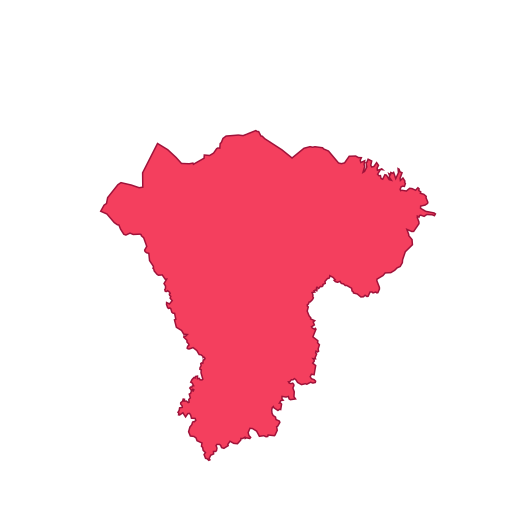 Bela Vista, Mato Grosso do Sul, Brazil (Natural Earth projection), rotated 320°
{"feature_id": "56859067B95751295676560", "entity_name": "Bela Vista", "entity_type": "district", "adm_level": 2, "iso_a3": "BRA", "parent_name": "Brazil", "parent_adm1": "Mato Grosso do Sul", "projection": "natural_earth1", "projection_center": [-56.561, -21.914], "detail": "fine", "context": "isolated", "style": "filled", "palette": "rose", "viewbox_px": 512, "rotation_deg": 320, "n_neighbors": 0, "source": "geoboundaries", "source_scale": "gbopen_adm2", "svg_char_len": 6143}
<svg xmlns="http://www.w3.org/2000/svg" viewBox="0 0 512 512"><g transform="rotate(320 256 256)"><path d="M423.4,312.8L422.8,310.5L424.1,309.4L423.9,307.8L420.5,308.2L418.9,304.7L417.2,302.9L413.0,302.9L409.9,299.3L408.8,298.9L409.3,297.5L411.7,296.3L413.4,296.9L414.4,298.1L417.0,296.5L417.2,295.1L418.2,294.3L418.7,290.7L415.2,290.9L416.4,289.0L421.4,286.1L420.4,284.0L421.4,281.5L421.0,280.4L418.6,283.8L412.8,286.5L415.2,280.4L413.8,280.4L413.0,278.7L411.4,280.0L410.7,278.3L409.9,280.6L408.8,281.1L408.4,285.0L407.1,283.1L407.9,277.9L407.0,276.6L402.4,278.6L401.6,277.0L403.0,274.4L401.8,273.6L401.7,271.5L407.2,269.7L404.1,268.4L405.3,266.5L408.1,265.3L408.4,262.0L403.8,263.2L401.9,262.3L402.2,260.3L405.7,257.6L404.1,253.9L401.4,255.4L400.3,255.2L398.1,259.0L393.5,261.0L391.7,260.7L396.8,257.3L397.7,255.3L400.5,252.9L396.4,251.8L397.4,249.6L399.9,248.4L397.7,246.4L396.6,243.5L391.5,239.5L383.7,241.6L380.8,240.2L379.0,237.8L379.0,222.2L376.6,217.4L376.6,215.9L371.4,210.2L369.3,209.1L367.7,207.0L362.0,204.3L346.6,204.1L344.1,191.3L338.1,171.8L337.8,168.3L336.9,167.2L338.0,162.4L336.8,161.2L336.5,159.8L323.5,155.5L320.2,152.0L310.2,144.9L306.3,144.7L302.3,146.8L300.9,146.8L297.6,150.1L296.1,148.7L294.8,148.5L289.7,149.9L285.1,149.2L281.3,145.4L279.1,147.7L267.0,145.5L267.4,144.3L264.1,142.4L258.4,137.2L258.1,129.1L256.7,117.8L252.9,106.5L222.6,119.4L213.5,130.5L210.4,128.6L206.1,121.5L199.7,113.0L196.0,112.6L179.9,115.9L175.2,119.7L172.3,119.4L165.8,121.9L168.8,128.0L168.9,139.3L169.9,143.0L170.9,144.1L169.5,148.4L168.7,154.4L169.8,156.3L174.2,157.5L175.8,160.6L181.1,164.6L181.8,165.7L181.2,166.7L181.7,169.8L178.5,178.4L174.5,179.9L173.9,181.2L174.2,183.1L175.6,185.1L171.5,191.1L170.8,197.7L170.3,198.7L169.2,199.1L169.3,200.4L168.4,202.0L168.4,206.4L168.9,208.0L172.0,210.2L171.5,215.4L172.7,216.3L167.8,218.0L167.4,220.8L165.8,222.7L164.5,223.1L163.8,224.8L164.8,225.8L166.0,225.7L166.5,228.3L166.2,229.5L165.1,229.5L164.6,230.6L164.8,232.1L163.1,233.1L163.1,236.3L158.9,237.1L157.6,234.2L156.3,235.6L155.1,238.8L155.4,240.1L156.6,240.4L156.8,241.7L155.4,244.9L155.7,246.5L156.8,247.6L153.9,252.9L152.5,252.5L149.2,259.4L151.1,265.2L150.4,269.4L152.9,272.0L150.5,272.2L149.4,271.0L148.5,271.8L148.9,276.3L147.8,277.5L147.9,280.2L147.3,281.2L145.7,281.2L144.0,282.3L144.3,283.6L145.3,284.4L148.9,285.7L149.9,290.4L149.1,294.9L150.5,296.5L150.8,298.9L150.1,299.9L151.2,300.2L151.2,301.6L149.9,302.3L148.8,301.7L146.3,303.9L145.6,302.9L144.5,302.9L143.5,304.7L141.3,305.6L140.2,306.7L140.9,308.0L138.8,310.1L136.1,316.2L134.9,316.2L133.6,314.9L133.9,313.3L132.3,312.4L134.0,310.4L132.2,309.4L131.0,310.3L130.4,309.2L127.6,309.5L124.9,310.7L125.5,312.3L124.8,315.3L123.6,314.6L122.5,315.2L121.6,314.3L120.4,314.6L120.2,317.6L117.6,319.2L116.1,318.9L114.5,322.5L112.3,322.7L110.7,325.0L109.8,324.7L109.5,322.5L107.7,321.0L109.1,319.8L108.3,318.8L106.4,320.0L104.0,320.0L103.2,320.9L103.1,323.4L102.2,324.6L99.9,323.2L97.9,324.9L95.7,325.6L95.8,326.9L94.6,327.9L95.3,328.7L99.2,329.1L98.6,334.0L102.5,332.9L103.9,333.8L103.7,335.8L102.3,338.8L105.0,341.3L104.3,343.2L102.1,343.3L101.4,342.5L100.5,342.6L98.3,344.0L95.5,344.5L91.4,347.3L90.0,351.7L92.5,354.4L93.1,356.9L92.1,359.6L94.4,364.5L91.9,366.7L92.1,368.3L90.6,370.9L90.9,374.1L88.6,374.7L87.3,378.6L88.1,379.5L88.5,382.2L89.7,382.5L89.9,381.0L93.3,379.5L96.3,380.4L97.8,378.4L99.5,379.8L100.6,379.7L102.6,378.1L103.6,375.5L104.9,375.2L106.9,376.8L107.2,378.2L106.5,380.7L107.8,382.7L112.8,383.4L113.3,382.2L117.0,381.2L118.5,385.2L121.1,387.9L126.0,387.2L127.2,386.1L128.4,387.2L131.0,387.7L130.4,388.8L131.9,389.2L133.9,391.8L135.3,391.5L135.2,388.9L136.5,386.2L140.6,384.1L142.4,385.9L143.9,390.5L142.7,396.3L146.5,398.7L147.5,400.9L149.0,401.8L150.2,400.9L154.6,405.5L155.5,405.4L160.2,403.2L162.1,400.0L163.2,400.3L167.3,398.8L167.8,397.5L166.2,394.1L167.4,391.9L166.6,389.2L167.2,386.7L169.0,384.1L171.0,382.6L172.5,382.5L172.1,383.6L173.5,388.4L175.6,388.6L176.2,389.5L180.4,385.9L180.3,384.4L179.4,383.7L182.0,382.7L184.1,383.9L184.1,382.0L185.7,380.3L188.3,383.3L190.5,384.4L189.5,386.8L190.0,388.2L194.4,390.9L194.6,388.2L198.0,384.6L199.4,380.8L201.7,379.7L202.4,378.6L202.4,377.0L200.6,376.2L199.7,374.6L200.0,373.2L201.1,374.0L203.6,373.5L204.7,374.6L206.6,374.6L207.0,376.5L206.6,379.6L208.2,383.8L211.7,385.5L212.5,386.9L216.7,387.8L217.9,389.9L220.1,391.0L221.2,390.2L221.0,388.1L219.6,385.7L219.9,383.3L222.4,382.2L224.2,384.3L231.3,378.3L230.6,374.5L233.0,374.0L233.7,373.0L233.7,371.2L235.5,373.0L236.0,371.8L239.4,370.1L239.4,368.5L240.8,367.5L241.3,369.0L242.7,369.2L243.9,367.1L247.5,364.8L247.4,362.0L248.9,360.7L247.6,354.5L254.9,350.6L254.9,349.5L253.8,349.8L252.8,347.3L253.0,345.9L256.4,346.3L257.4,343.3L259.4,343.3L257.4,339.3L258.2,338.6L258.2,336.0L259.8,331.1L263.3,328.6L263.1,327.4L264.0,326.3L265.3,326.5L267.1,325.4L268.0,326.0L271.2,325.7L273.1,324.9L273.5,323.3L274.5,322.6L275.5,320.0L277.9,321.4L278.1,319.9L279.7,320.2L280.2,321.7L281.1,321.1L281.6,319.4L282.7,319.1L283.1,321.2L285.8,320.7L286.7,321.8L288.2,321.8L289.0,320.8L291.4,321.5L292.5,319.8L296.4,319.2L297.5,320.0L298.6,319.7L299.9,318.5L301.3,322.0L301.4,325.0L300.2,324.8L300.3,326.6L301.5,328.5L304.1,329.5L303.7,331.2L304.1,332.5L305.1,333.4L305.4,336.0L306.6,336.9L308.5,342.2L307.1,344.5L307.4,346.0L306.9,347.0L309.2,350.2L310.0,354.8L312.1,356.3L314.3,356.2L315.0,358.4L316.0,358.9L320.2,356.9L321.7,358.1L321.9,359.5L324.6,360.6L324.9,362.0L325.8,362.4L329.3,360.7L330.4,359.3L332.7,352.5L333.9,351.5L340.7,352.6L344.1,352.0L348.6,355.4L353.1,356.1L356.6,355.8L359.7,356.7L363.8,355.2L365.9,353.1L373.1,348.7L383.1,347.9L386.1,343.7L386.1,338.5L386.9,337.6L388.7,332.6L391.1,337.4L392.6,338.5L401.6,336.0L402.7,334.6L404.2,330.3L405.2,329.2L405.8,331.0L407.3,330.1L408.5,330.7L410.3,333.7L413.5,334.0L417.5,337.7L418.6,339.8L420.5,339.1L420.1,337.5L414.7,330.8L412.7,325.2L414.2,323.6L418.3,325.7L421.2,326.0L422.2,325.3L423.6,320.8L424.7,319.7L424.2,316.6L422.2,313.6L423.4,312.8ZM120.2,317.6L122.0,317.4L122.4,318.5L121.1,319.1L120.2,317.6ZM407.2,269.7L408.5,271.2L408.3,270.0L407.2,269.7Z" fill="#f43f5e" stroke="#9f1239" stroke-width="1.5"/></g></svg>